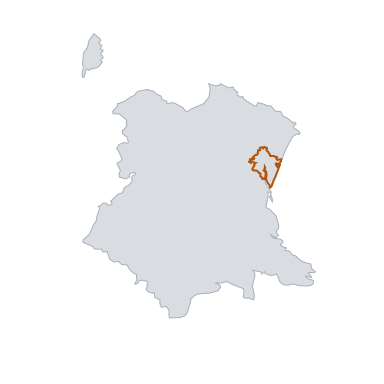 Gironde on a map of France (Albers equal-area conic projection), rotated 195°
{"feature_id": "FRA-5295", "entity_name": "Gironde", "entity_type": "Metropolitan department", "adm_level": 1, "iso_a3": "FRA", "parent_name": "France", "parent_adm1": "", "projection": "albers", "projection_center": [-0.442, 44.886], "detail": "fine", "context": "in_parent", "style": "outline", "palette": "amber", "viewbox_px": 384, "rotation_deg": 195, "n_neighbors": 0, "source": "natural_earth", "source_scale": "10m", "svg_char_len": 6718}
<svg xmlns="http://www.w3.org/2000/svg" viewBox="0 0 384 384"><g transform="rotate(195 192 192)"><path d="M278.8,153.8L276.7,155.2L275.6,157.9L274.2,158.6L271.6,158.9L270.2,157.4L267.2,158.7L266.1,160.4L268.1,162.2L262.7,170.9L258.9,173.3L258.5,178.7L254.2,183.0L252.8,187.3L252.7,188.1L254.0,189.4L253.7,192.2L251.4,194.1L251.6,195.8L252.3,196.0L255.8,194.4L257.1,192.6L256.2,190.5L259.6,187.5L266.2,187.6L267.3,191.1L266.7,194.2L272.0,200.3L268.2,203.7L268.1,205.7L273.0,211.9L275.9,214.4L274.9,218.9L270.6,222.2L267.7,222.2L266.5,223.0L266.7,224.4L269.1,228.2L274.2,230.3L275.3,233.3L274.0,234.5L272.1,239.2L273.3,241.4L273.0,242.4L273.7,243.9L275.1,245.3L282.4,248.5L288.5,247.2L289.5,249.4L286.3,255.7L286.8,258.3L284.8,258.6L284.6,259.5L280.9,261.9L275.2,268.5L272.4,270.5L271.5,273.7L269.9,275.5L261.1,279.7L259.4,279.1L255.0,279.5L252.1,277.5L246.7,276.6L244.7,273.5L239.8,273.2L239.4,271.1L232.6,273.5L222.7,271.2L219.1,268.3L216.4,269.3L214.0,272.2L203.9,280.0L200.1,287.8L201.2,296.7L203.9,300.9L197.4,300.5L193.6,302.0L192.6,303.9L183.4,302.0L180.1,304.0L179.1,303.9L177.9,302.0L173.4,300.1L174.0,298.6L173.4,297.3L169.1,296.3L167.7,297.7L166.0,295.1L154.2,291.3L152.3,291.4L151.6,295.4L144.0,295.4L142.9,294.7L138.0,295.5L132.8,291.8L127.0,292.5L123.5,288.7L120.0,288.4L115.2,286.4L113.0,285.3L112.7,284.2L111.3,285.9L109.5,285.5L109.1,284.9L110.3,282.8L110.6,280.3L104.6,278.4L103.0,276.6L103.0,275.6L106.2,274.8L109.2,271.4L112.1,259.0L114.2,244.2L115.7,241.4L117.5,240.7L116.1,238.6L114.3,241.3L115.5,227.7L117.6,217.6L122.5,221.8L123.7,223.6L125.1,229.6L127.9,232.2L126.1,229.7L124.3,221.7L123.2,219.4L115.5,212.6L115.2,211.0L118.6,211.9L117.3,206.8L116.6,196.2L111.9,195.1L104.5,190.5L99.6,182.3L99.0,179.3L100.4,176.1L99.3,174.0L97.2,172.6L98.9,169.9L100.4,169.6L105.7,171.3L101.4,168.6L94.3,169.3L91.6,168.4L91.1,166.4L93.1,164.1L90.8,162.5L86.8,162.7L86.3,162.1L87.5,160.3L86.5,159.6L83.3,160.2L81.4,159.6L79.7,157.5L74.5,156.9L73.4,155.7L66.2,153.1L58.6,153.2L56.7,149.1L52.2,146.9L53.2,145.7L57.8,144.7L58.8,143.7L55.5,141.9L54.4,140.2L60.5,140.1L57.9,138.2L51.9,138.0L51.2,135.6L52.1,133.2L55.7,131.2L64.4,129.2L70.6,129.4L75.1,126.8L79.5,126.1L83.6,127.7L89.0,134.8L93.5,131.8L100.2,132.1L101.5,133.8L103.4,130.7L104.8,132.6L113.0,132.1L111.1,130.8L109.6,127.8L109.4,117.0L105.4,109.1L104.5,106.2L104.7,103.8L109.5,104.3L113.5,103.2L115.4,104.0L115.8,109.1L117.4,112.0L128.5,113.0L134.9,114.5L140.3,111.7L145.3,110.3L145.7,109.6L142.8,109.9L140.1,108.7L139.8,107.4L141.1,103.4L148.7,99.0L159.8,95.1L162.6,92.6L165.7,88.0L165.0,86.9L165.2,74.7L166.7,70.7L170.8,67.7L181.3,64.5L182.8,68.3L182.8,70.5L185.7,73.8L187.2,74.8L191.8,72.7L194.1,75.8L195.0,79.4L200.7,80.6L202.6,85.2L203.5,84.1L207.1,84.1L208.8,84.4L211.2,86.3L210.7,89.1L211.7,90.4L210.9,93.1L211.7,94.1L218.2,93.7L220.1,92.5L220.8,89.8L222.7,88.2L223.4,88.6L222.5,93.5L223.5,94.6L224.2,98.0L226.7,98.2L231.7,100.6L236.1,104.8L241.1,103.7L245.2,105.9L249.2,104.2L253.2,105.3L254.6,106.5L258.8,112.6L261.5,111.0L263.5,111.6L264.3,113.4L271.6,111.6L273.1,113.3L274.7,113.8L284.4,115.2L284.7,117.6L280.0,125.0L278.6,134.9L277.3,138.4L276.9,141.0L277.5,142.6L277.5,145.3L277.0,151.7L277.8,153.5L278.8,153.8ZM329.1,280.2L329.0,284.2L330.8,286.9L332.8,298.4L330.4,304.3L330.7,311.1L327.8,319.5L321.4,316.6L319.4,314.9L320.7,311.6L317.1,310.4L317.6,307.3L317.0,305.9L314.6,306.0L314.4,305.2L315.9,302.7L315.7,301.3L313.2,299.8L312.6,298.3L314.6,296.3L313.4,294.7L312.2,294.5L314.5,288.9L316.4,287.1L320.8,285.1L322.5,283.0L325.6,283.6L326.0,283.1L326.0,274.7L327.1,274.5L328.2,275.4L329.1,280.2ZM115.9,207.4L115.2,209.8L112.3,205.6L111.9,203.3L115.9,207.4Z" fill="#d9dde1" stroke="#a8b0b8" stroke-width="1"/><path d="M114.1,246.7L114.2,245.7L114.1,245.3L114.0,244.5L114.0,244.3L114.5,243.5L114.6,243.4L114.7,243.0L115.0,241.8L115.4,241.3L115.9,241.3L117.1,241.6L117.8,241.5L118.2,241.2L118.2,240.8L117.7,240.3L118.0,240.3L117.8,239.9L116.3,238.5L116.1,238.4L115.9,238.3L115.8,238.2L115.7,238.2L115.6,238.3L115.6,238.5L115.4,238.8L114.5,240.2L114.3,241.4L114.1,242.0L114.0,242.3L115.3,228.8L116.1,224.5L116.5,218.7L116.6,218.3L117.3,217.0L117.6,216.6L117.9,216.4L118.1,216.5L118.1,216.9L118.1,217.2L118.0,217.3L118.0,217.6L118.3,218.0L118.4,218.3L119.7,219.3L120.5,219.7L120.8,219.8L123.1,222.5L123.7,223.3L123.9,224.1L123.9,224.6L124.2,225.7L124.5,228.2L124.6,228.5L125.3,230.1L125.9,231.0L126.7,231.7L127.3,232.1L127.5,232.3L127.6,232.6L127.6,232.9L127.6,233.3L127.6,233.9L127.7,234.4L127.9,234.9L128.1,235.1L128.0,234.7L128.0,233.9L127.9,233.6L128.0,232.9L127.8,232.3L127.4,231.8L126.9,231.5L127.5,231.6L128.0,231.7L128.5,231.9L128.9,232.3L128.4,231.4L127.7,231.0L126.8,230.7L126.1,230.2L125.8,229.5L125.5,228.6L124.8,223.4L125.5,223.3L126.2,223.4L126.4,223.4L126.5,223.4L126.6,223.2L126.8,222.9L127.0,222.7L127.4,222.9L127.4,223.1L127.5,223.3L127.6,223.8L127.7,224.0L127.9,224.2L128.3,224.2L128.6,224.3L128.8,224.2L129.1,224.3L129.4,224.4L129.9,224.9L130.2,225.1L130.3,225.4L130.3,225.5L130.3,226.1L130.3,226.3L130.3,226.5L130.4,226.9L130.5,227.0L130.7,227.5L130.8,227.6L131.0,227.7L131.2,227.8L131.7,227.6L131.9,227.6L132.5,228.1L132.8,228.1L133.1,228.3L133.3,228.4L133.6,228.8L133.8,229.0L134.1,229.1L135.1,229.4L135.4,229.4L135.7,229.3L136.5,229.0L136.7,228.9L137.3,229.1L137.8,228.9L139.1,228.9L139.4,229.2L139.7,229.9L139.7,230.4L139.2,231.7L139.2,231.9L139.2,232.3L138.9,232.7L138.8,232.9L138.6,233.3L138.6,233.7L138.7,233.9L139.1,234.4L139.1,234.6L138.3,236.0L138.5,235.9L138.6,236.1L139.0,236.5L141.9,236.9L142.3,236.8L142.9,236.1L143.2,235.8L143.0,235.4L143.4,235.5L144.4,235.8L144.5,235.8L144.8,236.1L144.6,236.4L144.3,236.7L143.9,236.9L143.6,236.9L143.9,237.9L144.0,238.3L144.3,238.7L144.1,238.8L143.8,238.8L143.2,238.7L143.0,238.8L142.9,238.9L142.9,239.1L142.9,239.6L142.8,239.8L142.7,240.0L142.4,240.0L142.2,239.8L142.0,239.5L141.8,239.3L141.6,239.3L141.3,239.4L141.0,239.5L140.8,239.7L140.7,240.1L140.6,240.5L140.7,240.8L141.0,241.1L141.8,241.4L141.9,241.6L141.9,242.1L140.1,244.3L140.0,244.5L139.8,244.5L139.4,244.4L139.2,244.5L138.4,245.6L138.3,246.0L138.2,246.3L138.3,246.6L138.4,246.8L138.7,247.0L138.8,247.3L138.8,247.6L138.6,248.1L138.5,248.3L138.6,248.6L138.8,248.9L138.9,249.1L138.9,249.5L138.5,249.5L137.1,249.9L136.9,250.1L137.1,250.5L137.6,251.2L137.9,252.0L137.3,252.7L135.8,253.4L134.6,252.4L134.3,252.5L134.2,253.8L133.9,254.2L131.1,253.9L130.9,253.7L130.8,253.1L131.1,251.9L130.9,251.7L130.0,250.9L128.7,250.5L128.4,250.3L128.4,250.2L128.3,249.7L128.2,249.6L126.6,248.7L126.4,248.3L126.3,247.7L126.0,247.3L125.2,247.2L122.1,248.0L120.5,247.5L119.5,247.8L119.2,247.8L118.8,247.6L119.2,246.3L119.0,245.8L117.5,245.0L117.3,245.2L116.2,246.0L114.1,246.7Z" fill="none" stroke="#b45309" stroke-width="2"/></g></svg>